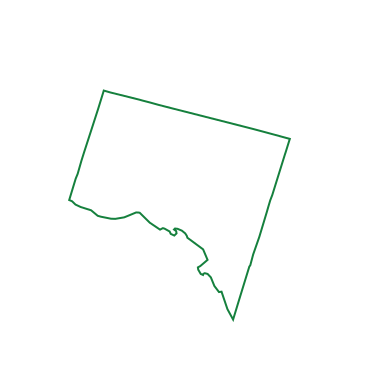 outline of District of Columbia, District of Columbia, United States of America, rotated 331°
{"feature_id": "52423323B55530972166869", "entity_name": "District of Columbia", "entity_type": "district", "adm_level": 2, "iso_a3": "USA", "parent_name": "United States of America", "parent_adm1": "District of Columbia", "projection": "robinson", "projection_center": [-77.036, 38.894], "detail": "fine", "context": "isolated", "style": "outline", "palette": "green", "viewbox_px": 384, "rotation_deg": 331, "n_neighbors": 0, "source": "geoboundaries", "source_scale": "gbopen_adm2", "svg_char_len": 1120}
<svg xmlns="http://www.w3.org/2000/svg" viewBox="0 0 384 384"><g transform="rotate(331 192 192)"><path d="M80.7,139.5L82.6,141.9L84.0,146.5L87.4,151.2L94.9,159.1L98.0,167.1L100.3,169.4L108.2,176.1L111.9,178.3L120.4,181.3L124.5,181.8L133.2,182.8L135.2,184.0L136.2,184.8L140.2,198.4L145.8,209.4L149.0,209.5L150.2,210.7L153.3,215.7L153.1,218.3L155.4,221.5L158.4,220.7L159.2,218.5L158.1,216.1L159.4,215.7L161.4,217.1L161.6,217.3L164.4,220.9L166.0,224.9L166.2,227.8L165.8,229.8L173.7,247.1L173.9,247.6L172.7,258.9L163.3,260.8L160.6,260.8L160.3,261.6L159.8,263.0L159.9,267.9L161.4,269.9L162.3,269.1L163.8,269.2L165.9,271.2L167.1,275.8L166.0,285.1L167.1,292.6L169.5,293.5L166.2,311.6L166.1,323.5L181.6,308.5L206.0,285.0L207.4,284.4L215.2,276.3L229.1,263.9L247.7,245.8L251.7,241.8L256.4,237.2L260.7,233.6L291.9,203.8L292.9,202.9L301.8,194.4L303.3,193.0L284.1,174.3L276.1,166.6L268.9,159.8L216.0,110.0L204.8,99.4L204.7,99.3L198.6,93.3L192.8,87.8L190.9,85.9L169.0,65.5L164.0,60.5L162.4,62.1L150.0,74.0L131.6,91.2L116.6,105.2L110.6,110.9L100.8,120.7L96.8,123.9L80.7,139.5Z" fill="none" stroke="#15803d" stroke-width="2"/></g></svg>